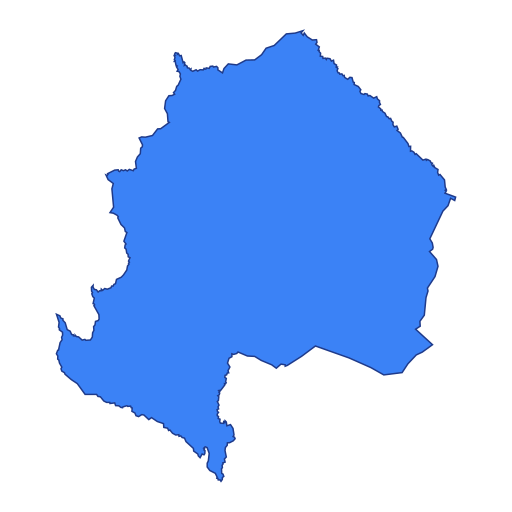 the district of Chivolo, Magdalena, Colombia
{"feature_id": "7082276B43456063324941", "entity_name": "Chivolo", "entity_type": "district", "adm_level": 2, "iso_a3": "COL", "parent_name": "Colombia", "parent_adm1": "Magdalena", "projection": "robinson", "projection_center": [-74.55, 10.09], "detail": "fine", "context": "isolated", "style": "filled", "palette": "blue", "viewbox_px": 512, "rotation_deg": 0, "n_neighbors": 0, "source": "geoboundaries", "source_scale": "gbopen_adm2", "svg_char_len": 5937}
<svg xmlns="http://www.w3.org/2000/svg" viewBox="0 0 512 512"><path d="M344.6,77.4L344.2,75.4L343.0,75.7L341.9,73.9L339.8,74.2L339.4,73.0L338.0,72.7L337.1,70.7L337.9,68.4L336.4,67.3L337.0,66.9L336.3,66.7L336.5,65.0L334.1,63.6L333.5,60.2L331.4,61.1L330.0,58.7L327.0,58.2L326.3,59.5L325.4,58.1L323.0,58.4L322.7,56.5L320.3,56.2L320.6,53.2L319.1,51.6L319.2,50.4L318.2,50.3L319.3,46.9L315.7,44.2L317.0,42.4L316.5,39.7L312.3,40.0L307.2,36.8L304.3,33.0L303.2,35.3L301.1,32.9L302.9,30.7L295.2,33.1L286.3,33.9L274.2,45.5L266.1,48.2L261.6,54.7L254.7,59.9L246.0,60.1L236.9,64.9L228.3,63.9L224.0,68.5L222.5,72.9L217.9,69.9L217.9,67.8L216.6,66.4L213.5,67.0L212.8,66.1L210.2,66.4L209.2,68.4L206.2,67.9L206.0,68.9L205.0,69.2L204.1,68.4L203.2,69.9L200.1,69.7L197.6,71.1L196.1,69.8L192.7,71.3L190.7,70.2L190.9,69.0L190.2,69.5L189.2,68.1L187.4,67.8L187.0,65.6L186.8,66.2L185.2,64.8L184.4,65.3L184.8,62.6L184.0,61.9L183.1,62.7L181.2,55.5L179.6,55.8L178.4,53.5L177.7,54.0L177.9,53.3L175.4,52.7L174.5,54.3L175.0,55.5L174.2,55.7L175.0,57.5L174.3,59.8L175.2,60.6L174.5,61.4L175.2,61.4L176.0,65.3L177.2,66.0L176.4,66.7L178.1,69.5L177.1,71.2L179.0,71.6L180.4,73.9L179.9,76.3L180.9,79.2L178.2,85.1L176.7,86.4L175.5,90.4L173.5,92.6L174.6,94.2L172.1,95.5L168.9,95.7L165.6,100.8L164.6,108.5L167.4,113.7L168.0,121.6L169.3,122.4L160.7,128.7L157.6,128.9L152.5,135.5L145.3,137.2L141.7,136.9L139.1,138.0L142.5,144.8L142.3,146.8L140.7,148.2L140.3,153.7L137.4,157.0L135.5,161.5L136.4,168.3L134.1,169.1L133.3,170.7L129.3,169.4L127.3,171.0L125.5,169.8L123.4,170.7L121.2,169.8L119.7,171.6L118.6,171.1L118.2,169.8L114.7,170.1L107.7,173.6L108.1,174.1L107.1,175.5L106.0,175.0L108.1,179.6L113.3,183.5L111.9,188.8L113.6,207.2L110.0,212.6L113.4,213.2L117.0,215.2L118.3,216.7L117.8,217.9L121.0,224.5L124.5,227.9L125.3,231.5L126.9,232.5L123.9,241.2L126.0,244.0L125.1,245.0L124.7,247.9L126.1,249.2L126.7,253.0L128.1,254.3L128.2,256.8L130.0,257.7L128.5,261.1L129.4,262.2L128.5,263.3L128.9,264.2L127.5,266.0L126.8,270.0L123.5,274.9L121.3,277.2L116.5,279.4L115.5,283.7L113.9,284.4L113.2,286.0L111.6,286.1L111.0,287.7L107.3,289.2L104.7,288.5L102.6,290.4L101.3,289.1L101.1,290.8L99.6,290.8L98.1,292.0L96.4,289.8L94.4,289.4L93.0,287.1L93.1,285.4L91.4,287.3L91.6,291.2L92.5,292.6L91.8,293.8L92.8,296.6L94.3,298.1L93.1,303.6L94.2,304.0L94.6,304.9L93.9,305.7L98.9,314.6L99.1,319.1L98.1,320.6L95.5,321.4L95.0,324.9L93.6,326.6L93.9,330.3L92.6,332.8L92.3,337.1L90.4,340.0L85.8,340.3L84.9,339.4L82.2,340.1L78.6,336.9L76.5,336.6L75.3,335.3L75.4,336.0L73.4,335.8L73.2,334.7L71.6,334.5L70.2,331.2L67.2,329.6L65.2,322.8L62.9,320.3L63.0,318.9L60.7,317.9L59.9,315.8L56.5,314.3L59.1,322.4L58.5,327.0L59.5,328.5L59.3,329.8L62.5,332.2L62.6,335.2L61.6,337.3L62.1,339.7L60.1,342.6L58.5,350.1L57.7,350.3L56.4,353.8L57.8,356.0L57.7,359.1L58.8,360.0L59.5,363.1L61.8,367.1L61.0,368.8L61.8,371.1L64.5,372.7L65.0,374.2L71.3,379.6L77.3,383.6L85.1,394.4L96.6,394.4L97.9,396.4L100.4,396.8L103.8,401.0L106.6,402.4L109.8,402.4L110.0,403.5L114.7,402.9L115.6,405.6L118.8,405.8L120.9,407.4L122.6,407.7L122.9,406.9L126.9,405.7L127.7,406.4L130.6,406.1L131.2,407.7L132.2,408.0L131.9,411.3L134.9,413.0L136.0,415.7L138.6,416.6L141.8,414.6L143.9,415.0L148.8,419.6L151.5,417.6L157.3,421.5L163.5,423.6L163.8,427.4L167.6,428.2L168.6,430.5L169.9,430.0L172.5,433.2L175.7,435.0L178.8,434.7L179.0,436.3L180.8,435.9L182.1,437.5L184.5,438.1L186.0,441.6L193.4,448.4L193.7,451.1L197.8,454.0L198.3,455.9L200.1,457.7L202.1,454.0L204.0,454.8L204.8,453.6L205.0,450.7L203.9,449.9L204.6,448.8L203.7,448.2L205.2,446.8L207.1,447.6L209.2,453.4L208.3,461.0L207.2,463.2L207.2,467.0L209.8,470.5L215.3,473.3L217.1,477.0L216.8,478.2L217.8,478.3L218.2,479.9L220.1,479.9L221.0,481.3L222.3,479.5L222.4,477.5L223.8,476.4L223.0,474.1L221.7,473.4L221.5,468.7L222.4,467.7L222.1,465.3L223.1,463.9L222.8,462.9L225.1,462.1L224.4,459.0L226.3,457.0L225.0,450.5L225.4,447.5L227.2,445.3L227.4,442.8L229.6,442.7L233.3,440.8L235.1,438.7L234.5,437.2L233.1,436.6L234.0,434.9L233.0,428.4L230.5,424.6L226.9,425.8L226.3,422.0L225.0,420.7L224.7,422.4L223.7,421.7L223.6,423.4L220.4,423.1L219.7,421.7L220.0,419.2L218.2,418.5L218.5,416.5L217.3,415.7L217.2,414.2L218.5,412.3L217.5,411.6L217.1,409.6L218.6,408.9L218.0,406.9L219.0,405.1L217.3,401.5L218.4,400.5L218.8,396.7L217.8,395.7L219.2,394.9L219.7,393.0L218.9,392.1L219.9,391.2L219.0,390.5L220.8,390.2L224.7,385.1L224.5,383.6L225.5,383.8L226.2,382.7L225.6,381.8L226.3,378.4L224.8,377.4L225.1,375.3L226.6,374.9L227.3,373.0L228.7,372.8L228.0,370.7L229.9,367.0L227.5,363.1L229.0,358.3L231.9,356.7L231.9,353.8L233.6,354.4L236.7,353.5L238.0,352.0L247.4,356.0L254.7,356.4L261.2,360.4L271.7,364.8L276.3,368.2L281.0,364.1L285.2,364.8L285.2,366.2L287.3,365.4L301.6,356.3L315.4,346.0L349.0,357.9L370.9,367.6L383.8,374.9L402.1,372.6L407.9,363.8L416.3,354.9L422.3,352.1L432.5,344.7L415.6,329.2L420.2,326.2L419.9,321.3L424.3,315.2L426.0,297.6L428.0,291.0L427.4,288.1L435.0,276.6L438.0,266.3L436.5,259.5L429.5,251.5L432.6,249.2L433.1,247.3L432.3,243.0L429.8,238.8L442.9,211.1L448.0,205.7L450.6,198.3L454.7,200.5L455.6,197.1L445.0,193.2L446.4,190.8L445.3,190.2L446.3,189.5L445.2,187.1L444.5,179.9L440.0,174.5L438.7,175.2L437.6,172.5L438.0,169.5L434.8,167.6L433.8,165.4L433.3,166.4L432.3,165.4L431.8,164.4L432.4,163.2L430.9,162.6L430.3,161.0L427.6,159.5L426.4,160.3L426.0,159.1L422.9,160.1L416.2,153.7L415.1,154.4L413.9,152.2L411.8,150.9L410.5,151.2L410.6,146.3L408.9,146.5L408.0,143.6L403.3,137.4L402.4,137.3L400.4,133.0L397.0,130.5L398.1,129.3L396.8,126.1L394.3,126.9L392.9,124.6L393.1,122.2L391.8,121.2L390.6,118.4L389.2,118.7L387.9,116.9L386.5,116.5L385.0,113.2L382.5,111.5L382.0,110.0L380.8,110.2L380.7,108.8L378.4,107.0L378.9,105.5L380.4,104.5L379.4,102.2L379.6,100.8L377.4,98.9L376.7,96.7L373.6,98.1L369.9,95.5L368.1,95.9L367.4,94.1L364.9,93.6L364.0,94.5L360.9,93.5L359.9,91.3L360.8,89.8L358.3,86.5L354.1,84.5L354.3,82.5L353.2,82.1L352.0,77.6L349.9,77.3L347.7,79.3L344.6,77.4Z" fill="#3b82f6" stroke="#1e3a8a" stroke-width="1.5"/></svg>